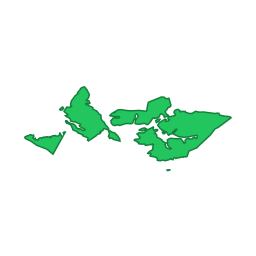 outline of Hoonah-Angoon, Alaska, United States of America, rotated 159°
{"feature_id": "52423323B82121365400499", "entity_name": "Hoonah-Angoon", "entity_type": "district", "adm_level": 2, "iso_a3": "USA", "parent_name": "United States of America", "parent_adm1": "Alaska", "projection": "equal_earth", "projection_center": [-135.122, 58.217], "detail": "fine", "context": "isolated", "style": "filled", "palette": "green", "viewbox_px": 256, "rotation_deg": 159, "n_neighbors": 0, "source": "geoboundaries", "source_scale": "gbopen_adm2", "svg_char_len": 5931}
<svg xmlns="http://www.w3.org/2000/svg" viewBox="0 0 256 256"><g transform="rotate(159 128 128)"><path d="M82.9,80.4L79.4,84.6L70.3,84.9L68.9,85.8L53.8,91.9L46.9,96.1L43.7,96.2L28.2,100.6L28.2,101.3L29.7,102.6L33.6,104.4L37.6,107.1L38.0,107.9L37.8,109.0L38.2,109.3L39.6,110.0L40.5,110.0L42.0,110.6L52.2,116.1L54.3,116.7L56.5,117.7L59.0,119.4L62.6,118.7L65.3,119.4L68.9,122.3L68.6,122.9L71.3,124.1L73.4,124.3L73.8,124.8L73.3,125.6L74.4,127.3L76.0,127.8L78.3,127.5L79.5,126.1L79.4,125.1L78.8,123.8L79.4,123.1L80.4,122.9L86.7,123.7L87.4,122.3L87.3,121.6L86.5,120.8L88.2,120.1L90.6,120.7L89.6,121.7L89.4,122.3L89.7,122.8L90.5,123.0L96.7,121.7L99.3,120.0L98.1,115.9L97.2,114.5L97.2,113.9L96.0,113.1L95.5,112.1L93.7,110.9L92.8,106.8L92.4,106.6L91.7,107.2L89.1,106.8L88.6,107.2L88.1,108.0L86.6,108.7L83.7,109.7L82.9,109.3L84.1,108.3L87.0,107.0L87.7,106.2L87.6,105.8L83.7,101.8L79.2,99.3L73.2,97.6L72.3,97.8L66.3,96.5L66.1,95.8L66.8,94.8L66.7,94.4L68.2,93.7L69.0,94.6L68.9,95.1L69.6,95.6L71.0,95.5L71.8,94.9L73.9,95.4L75.7,96.7L77.4,96.9L79.1,96.1L79.5,95.2L79.7,93.9L80.7,93.5L81.4,94.1L81.3,95.2L82.5,99.2L86.2,100.4L91.8,103.1L93.0,103.2L95.4,102.9L97.1,98.1L96.4,95.4L95.5,94.4L95.0,93.2L95.7,93.1L96.6,93.4L98.8,95.3L99.2,95.9L99.4,99.4L97.7,100.3L99.3,101.8L100.6,103.6L100.6,105.0L104.3,109.2L103.7,111.3L104.2,112.7L104.9,113.0L105.0,113.9L103.0,114.8L102.1,114.8L101.0,115.4L101.0,115.9L101.4,116.2L103.2,116.7L104.1,116.2L104.8,116.8L104.8,118.4L103.9,119.6L104.0,119.9L111.2,119.2L114.8,117.8L117.6,118.7L119.3,119.7L121.0,119.3L121.8,119.1L120.9,117.6L120.8,115.9L120.0,115.1L120.0,114.6L120.8,114.1L122.3,114.0L125.3,114.9L126.1,114.8L126.6,114.2L126.1,113.6L125.0,113.0L124.3,111.4L123.2,110.9L123.2,110.3L123.7,109.9L123.4,109.2L120.1,107.6L118.7,107.4L118.3,107.0L118.0,105.7L116.5,105.1L115.5,105.2L114.7,104.7L113.2,104.7L112.5,104.0L111.2,104.3L110.6,104.2L110.2,103.4L111.2,102.5L111.2,101.6L111.9,101.0L112.0,99.8L112.9,99.3L113.1,98.8L115.7,98.5L118.2,97.7L118.7,97.2L118.0,96.6L116.6,96.6L115.9,96.1L115.8,95.5L117.4,94.3L117.3,93.7L112.5,90.8L111.6,88.7L112.2,87.4L112.0,87.1L109.3,85.7L107.5,85.7L105.6,84.7L105.1,84.1L101.0,83.7L99.5,84.1L98.8,83.1L97.9,83.1L97.4,82.9L97.3,82.4L96.3,83.4L95.2,83.6L94.2,82.7L94.2,82.4L92.2,82.4L91.4,81.9L88.1,81.7L87.2,80.9L86.0,81.1L84.0,80.2L82.9,80.4ZM149.3,127.1L148.8,124.8L146.9,124.5L146.0,123.6L145.9,122.7L140.2,118.6L139.7,120.6L140.5,124.5L141.8,127.5L142.9,128.9L144.0,129.3L146.7,132.9L146.8,133.6L146.3,134.6L147.0,137.1L147.7,138.2L148.2,142.0L148.9,142.9L149.7,145.1L149.6,147.4L148.9,148.5L148.8,150.1L150.0,151.3L151.0,155.0L153.4,157.4L154.0,158.7L153.5,159.7L159.0,165.3L158.5,166.1L158.2,166.2L156.6,165.4L156.6,164.6L155.5,164.6L154.6,164.9L154.8,167.6L156.0,167.8L157.0,168.8L154.9,169.8L153.7,170.8L152.1,172.9L152.6,178.3L153.8,181.9L155.2,182.3L157.8,182.0L158.3,181.8L158.4,181.3L162.0,179.4L162.6,178.8L162.3,178.1L165.6,177.1L170.8,173.8L172.5,171.8L173.6,169.6L172.8,168.5L173.1,168.3L175.3,168.2L177.3,169.4L177.9,169.3L181.7,166.6L181.6,165.8L179.4,162.3L179.4,161.7L182.0,161.9L180.9,160.0L179.6,158.9L178.7,157.4L179.0,155.0L176.8,153.4L175.8,153.1L171.7,149.3L170.9,148.3L172.7,147.5L172.5,146.7L168.6,142.1L168.8,141.6L169.7,141.4L171.4,142.1L171.9,143.2L172.7,144.2L175.3,145.6L176.0,147.0L176.1,148.3L176.7,150.2L177.6,151.3L179.9,152.7L181.7,154.6L181.9,155.4L182.6,156.7L183.5,157.1L183.7,156.9L183.9,156.4L183.8,155.2L183.3,154.1L182.7,153.9L180.4,151.7L179.9,147.4L180.1,146.1L178.9,144.7L177.8,144.0L176.6,142.1L176.4,141.2L172.6,138.0L173.1,137.5L172.7,136.5L169.2,133.5L169.1,132.4L170.1,131.3L169.6,130.1L160.6,132.1L160.2,132.5L158.5,133.0L156.0,132.8L154.9,133.7L155.5,134.4L154.5,134.8L152.6,134.5L150.9,136.0L150.0,135.8L148.9,134.6L146.7,132.9L147.3,131.7L147.2,129.7L149.3,127.1ZM134.5,147.9L134.2,147.5L135.2,147.1L136.0,147.6L137.7,147.4L140.5,146.2L140.3,145.7L136.1,143.3L133.0,142.3L132.3,141.8L132.0,141.0L133.3,140.7L138.4,142.6L141.4,140.9L141.9,138.3L141.0,136.3L140.4,135.6L139.5,135.0L135.9,134.5L135.4,133.6L134.5,133.3L128.2,132.9L123.0,130.7L121.5,131.2L119.8,133.4L118.0,134.5L117.3,135.3L117.3,136.6L116.6,137.4L115.1,138.0L114.5,137.6L114.0,135.6L116.4,133.6L118.2,132.7L119.8,129.6L118.9,128.8L116.4,127.6L110.9,126.4L109.0,124.2L107.5,124.4L104.1,126.2L101.7,128.1L99.6,127.9L99.5,127.3L95.6,127.1L94.7,127.3L93.3,129.1L91.8,129.5L90.2,127.1L90.2,125.0L85.8,124.9L85.6,125.1L86.8,126.7L87.5,128.5L87.0,130.5L85.0,131.3L83.1,132.9L81.9,132.5L80.5,133.0L79.8,133.8L79.7,134.4L79.1,141.0L79.7,141.3L80.6,141.2L82.4,142.0L82.8,143.2L83.4,144.0L85.9,145.0L99.8,144.7L101.5,142.3L104.5,137.2L105.4,137.4L111.5,140.5L118.6,142.8L122.4,144.5L128.1,147.7L130.3,148.4L131.9,148.4L134.5,147.9ZM227.8,156.0L227.5,154.8L223.6,150.8L219.3,144.5L211.3,137.3L207.4,130.4L191.6,143.7L192.7,143.7L193.3,147.0L193.2,147.5L193.4,147.7L194.7,145.9L195.8,145.5L198.2,146.3L198.7,147.2L199.3,147.1L201.0,147.7L202.2,147.6L203.6,146.7L203.9,147.0L203.7,147.7L203.9,148.0L205.9,147.9L206.3,148.6L207.1,148.7L207.2,149.1L209.2,149.1L209.7,149.7L210.3,149.8L211.9,149.2L212.4,150.0L214.2,150.3L215.3,150.0L216.1,149.0L217.3,149.7L219.0,150.1L219.1,150.7L218.6,150.9L218.3,151.6L219.3,151.8L220.4,152.6L220.1,153.2L219.0,153.8L219.1,154.4L218.7,155.2L220.0,155.4L221.2,156.6L221.9,156.8L223.1,156.5L225.0,156.8L227.5,156.5L227.8,156.0ZM111.2,120.7L112.3,122.0L114.1,122.5L118.1,122.3L118.3,121.9L115.9,120.2L114.8,120.0L113.3,120.0L111.2,120.7ZM96.4,123.5L94.9,124.6L96.2,125.4L97.3,125.6L99.5,124.9L99.6,123.1L99.4,122.8L99.1,122.8L96.4,123.5ZM181.1,169.5L181.4,171.0L182.7,170.9L185.1,169.8L184.8,169.0L183.2,168.5L182.2,168.7L181.1,169.5ZM95.2,110.2L97.3,111.9L97.6,111.6L97.2,110.2L96.4,109.6L95.5,109.7L95.2,110.2ZM188.0,146.7L188.7,147.1L190.1,146.9L190.3,146.5L190.0,146.0L190.3,144.8L188.0,146.7ZM104.0,74.0L106.6,74.8L106.7,74.5L106.1,74.0L104.2,73.7L104.0,74.0Z" fill="#22c55e" stroke="#15803d" stroke-width="1.5"/></g></svg>